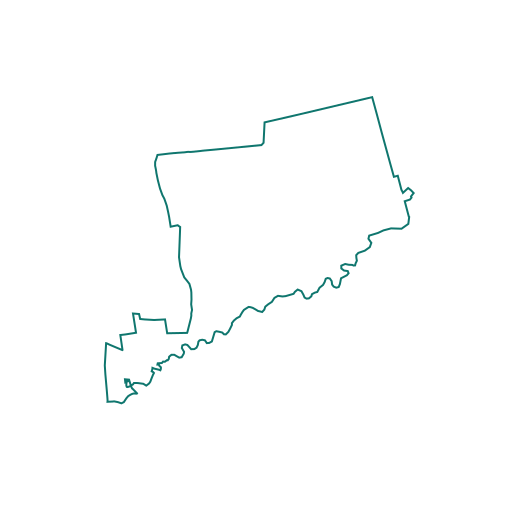 Vedea, Teleorman, Romania, rotated 292°
{"feature_id": "2599482B60509272705343", "entity_name": "Vedea", "entity_type": "district", "adm_level": 2, "iso_a3": "ROU", "parent_name": "Romania", "parent_adm1": "Teleorman", "projection": "mercator", "projection_center": [25.062, 44.098], "detail": "fine", "context": "isolated", "style": "outline", "palette": "teal", "viewbox_px": 512, "rotation_deg": 292, "n_neighbors": 0, "source": "geoboundaries", "source_scale": "gbopen_adm2", "svg_char_len": 3778}
<svg xmlns="http://www.w3.org/2000/svg" viewBox="0 0 512 512"><g transform="rotate(292 256 256)"><path d="M301.8,128.7L300.5,129.6L299.7,130.1L299.0,130.6L298.3,131.0L297.0,131.8L295.7,132.5L289.5,136.6L283.3,141.2L282.4,141.9L277.4,146.4L275.9,148.2L274.8,149.5L273.0,151.1L269.2,154.4L264.1,157.9L259.7,160.8L251.2,165.9L254.4,170.7L255.2,171.9L254.9,172.8L254.5,174.8L249.3,176.7L226.0,185.1L218.3,189.6L215.8,191.4L209.3,197.5L207.2,201.3L205.2,204.7L200.4,208.4L198.0,209.7L191.2,212.6L186.9,214.0L182.0,216.9L178.5,217.5L176.4,218.4L173.6,219.0L159.8,220.9L158.9,220.9L151.1,202.6L163.1,195.4L159.1,186.8L158.5,185.5L155.5,176.6L154.2,172.2L158.4,169.3L156.6,163.5L139.9,173.5L134.4,164.4L131.9,159.8L118.9,167.4L118.7,167.3L118.9,153.8L119.1,150.2L119.0,149.7L97.9,156.8L90.0,160.6L74.7,168.4L68.3,171.6L66.0,172.7L65.2,172.9L65.8,174.2L67.1,177.1L68.1,179.0L68.8,182.8L69.0,186.4L71.0,188.2L75.5,189.1L78.2,190.0L80.4,191.6L81.8,192.9L82.7,194.1L83.7,197.0L84.1,197.1L86.5,191.7L86.8,190.7L88.9,188.5L88.0,187.9L86.9,186.7L86.3,185.8L86.2,185.4L86.4,185.0L87.1,184.5L87.7,184.1L89.0,183.7L90.4,183.3L91.0,182.8L91.8,184.0L93.0,183.6L92.2,181.3L90.0,182.4L89.8,182.2L92.6,180.7L93.8,184.6L89.5,188.1L89.0,188.5L90.8,190.0L92.5,190.4L93.9,193.9L95.3,199.4L94.7,202.8L97.7,204.6L99.9,205.1L102.9,205.0L105.2,205.0L107.2,205.0L109.3,205.2L109.8,204.3L110.0,202.5L112.2,202.3L113.5,201.9L113.5,204.1L113.8,206.0L114.2,208.6L114.2,210.1L115.6,210.1L117.2,209.5L118.0,207.5L118.9,206.6L118.4,205.3L119.7,205.1L121.5,208.8L123.3,209.4L123.8,211.1L126.1,212.5L126.2,213.2L127.8,213.7L130.1,213.2L132.7,214.6L133.8,217.3L133.4,219.8L133.0,222.9L134.3,225.0L138.4,225.6L140.2,225.2L142.9,221.7L145.5,221.2L147.5,223.4L147.8,225.7L146.7,228.0L145.3,230.8L146.6,233.7L148.7,235.2L151.7,235.4L155.0,234.7L156.7,235.3L158.2,237.5L158.7,240.2L157.6,241.9L156.8,243.0L157.9,245.2L160.2,247.1L163.6,246.8L169.9,246.2L171.4,247.4L172.0,250.5L172.4,253.4L171.4,255.6L172.0,257.4L175.3,258.8L178.8,259.2L183.1,259.5L184.7,258.8L187.9,259.7L189.4,260.5L191.0,261.3L193.8,263.7L196.0,263.9L199.1,264.4L201.5,265.0L202.5,265.7L203.5,266.4L206.0,268.2L206.5,270.1L206.6,271.3L206.7,272.4L206.3,275.4L206.1,276.8L205.8,278.2L205.8,278.6L206.0,279.7L206.4,282.7L209.4,283.8L211.0,283.7L212.5,283.6L215.8,285.4L219.4,287.9L224.1,288.8L227.3,291.3L228.4,295.7L229.9,298.5L235.0,305.0L237.4,305.5L240.5,307.2L240.4,311.3L237.9,314.4L235.7,316.6L235.4,318.8L236.5,320.9L239.3,322.4L241.6,322.2L244.1,324.3L245.6,326.3L250.4,326.8L254.3,329.0L257.5,329.4L261.0,329.2L262.4,330.6L262.8,332.9L261.0,335.6L258.0,337.3L256.7,339.5L256.7,342.3L258.2,344.3L261.4,344.3L267.2,343.2L272.2,347.5L274.7,348.3L276.4,346.7L275.5,343.1L276.4,339.8L279.0,338.7L282.0,341.7L282.6,345.2L283.8,348.6L283.7,350.0L284.4,351.4L286.5,351.1L289.4,351.3L291.8,349.8L294.3,348.6L297.2,349.7L301.7,354.9L306.9,358.2L311.4,358.0L314.1,353.8L317.3,353.3L323.1,360.5L327.5,364.6L332.2,370.9L335.8,380.7L342.8,385.2L349.6,383.4L349.8,382.9L362.5,373.4L366.0,377.6L368.4,378.3L369.3,377.4L373.4,378.6L375.0,375.1L376.0,371.6L369.6,368.6L370.3,367.9L371.9,366.0L383.5,357.4L381.1,354.2L392.0,345.8L417.3,326.5L432.2,315.3L446.8,304.2L400.5,238.8L386.4,218.6L383.1,213.9L363.8,220.6L360.9,219.5L338.9,177.3L334.8,169.3L334.6,168.9L333.6,167.0L332.3,164.7L331.4,163.0L330.8,161.9L330.2,160.7L329.9,160.2L329.6,159.6L329.3,159.1L329.0,158.4L328.5,157.5L328.1,156.6L327.8,156.0L327.4,154.8L327.2,154.3L326.9,153.6L326.7,153.2L326.4,152.7L325.7,151.5L325.2,150.6L324.6,149.3L323.8,147.7L322.2,144.4L321.2,142.5L320.6,141.2L320.0,140.1L318.4,137.0L315.3,131.4L314.6,130.1L312.8,126.8L311.5,126.9L309.3,127.1L308.5,127.1L307.8,127.2L307.4,127.2L306.4,127.2L305.3,127.3L301.8,128.7Z" fill="none" stroke="#0f766e" stroke-width="2"/></g></svg>